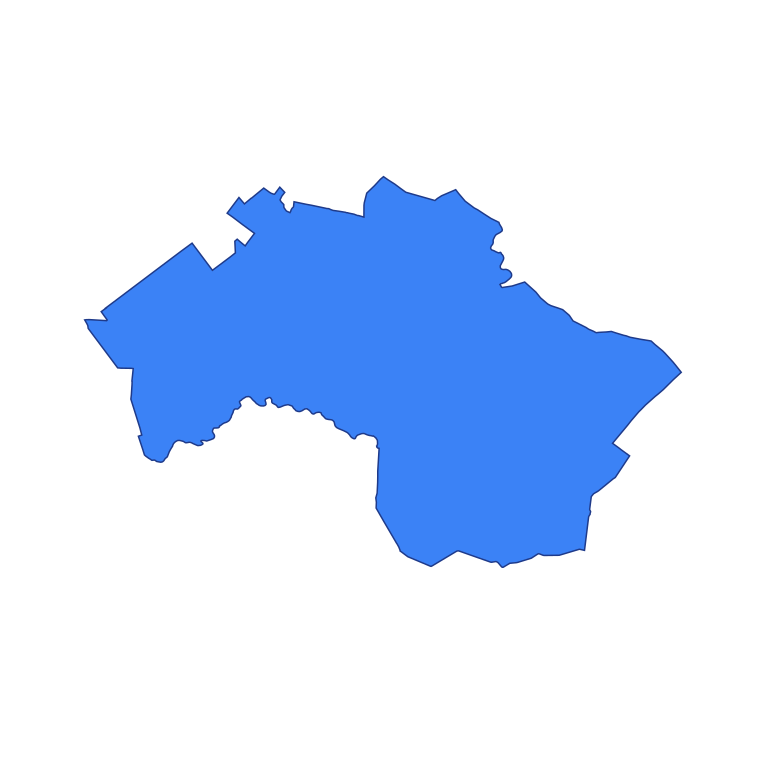 Neretas pag., Neretas, Latvia (Albers equal-area conic projection), rotated 314°
{"feature_id": "27541924B20446545182610", "entity_name": "Neretas pag.", "entity_type": "district", "adm_level": 2, "iso_a3": "LVA", "parent_name": "Latvia", "parent_adm1": "Neretas", "projection": "albers", "projection_center": [25.295, 56.219], "detail": "fine", "context": "isolated", "style": "filled", "palette": "blue", "viewbox_px": 768, "rotation_deg": 314, "n_neighbors": 0, "source": "geoboundaries", "source_scale": "gbopen_adm2", "svg_char_len": 6171}
<svg xmlns="http://www.w3.org/2000/svg" viewBox="0 0 768 768"><g transform="rotate(314 384 384)"><path d="M580.1,354.4L577.4,345.9L575.9,338.4L574.4,330.4L573.3,326.6L571.9,315.4L572.9,305.2L573.6,300.6L559.5,294.7L554.5,293.5L551.4,293.2L537.1,266.5L536.2,260.2L535.3,253.1L533.7,245.2L532.8,239.6L528.9,239.2L520.0,239.4L509.3,239.0L500.7,243.9L498.7,245.4L490.1,253.6L487.5,248.7L486.8,247.9L485.3,244.4L482.3,239.7L482.0,239.0L481.1,237.9L480.8,237.1L477.0,231.6L473.5,226.8L472.5,224.6L471.8,222.5L470.3,220.7L470.0,220.1L462.3,207.8L459.3,203.3L452.6,192.7L448.6,195.8L447.9,195.9L446.6,195.8L444.5,196.3L443.7,196.8L441.9,197.3L440.7,193.8L440.7,193.1L441.4,189.6L441.6,189.2L443.5,187.2L443.6,183.4L444.2,181.4L444.5,181.2L448.2,180.0L452.9,179.5L453.2,172.3L444.8,173.4L444.4,173.4L444.1,173.1L442.8,170.3L442.4,168.6L441.4,161.4L425.6,159.6L425.4,159.4L416.6,158.5L417.4,150.1L397.9,152.5L398.9,158.9L400.4,171.5L402.4,186.2L391.5,187.5L386.9,188.2L386.4,182.2L386.2,177.8L383.1,177.5L375.1,186.0L369.0,185.2L346.6,181.6L352.0,148.1L338.6,145.8L245.2,131.0L245.3,131.3L239.6,130.3L238.5,136.2L237.8,140.4L236.9,140.5L225.7,127.4L223.6,125.3L222.2,124.2L221.1,128.0L220.3,130.3L218.5,132.6L210.6,181.2L212.6,183.7L219.9,191.5L220.9,192.9L210.9,200.7L210.9,201.0L208.6,203.1L200.7,209.8L197.3,212.4L182.8,239.0L179.0,245.2L175.8,243.6L169.4,255.8L166.6,260.9L166.6,262.6L167.1,266.2L167.7,268.7L167.7,269.6L168.0,270.2L168.8,270.8L169.9,271.8L170.1,272.4L170.3,274.2L171.6,276.2L172.7,277.8L173.9,278.6L174.7,278.8L175.8,278.9L178.4,278.4L179.9,278.6L181.1,278.7L186.1,276.6L189.4,275.7L192.4,275.1L193.2,274.6L195.0,274.0L197.0,274.0L198.2,274.2L200.0,274.8L201.1,275.8L201.7,276.6L203.0,278.9L203.4,279.7L203.7,281.4L203.9,282.0L204.3,282.5L205.8,283.7L206.6,284.2L207.0,284.6L207.5,285.3L208.0,286.3L208.5,288.1L210.1,292.3L210.4,292.9L212.4,294.6L213.6,295.1L214.9,295.4L215.3,295.2L215.6,294.6L215.6,293.6L215.5,292.4L215.8,291.9L216.3,291.8L216.9,292.2L217.4,292.6L219.0,294.6L219.7,295.9L220.1,296.2L223.7,298.1L226.2,299.2L226.8,299.2L228.0,298.9L228.9,298.2L229.3,297.6L229.6,297.0L230.3,294.2L230.5,293.8L231.0,293.4L231.6,292.9L233.2,292.3L233.7,292.2L234.3,292.4L236.6,294.6L237.6,295.3L238.2,295.4L238.7,295.4L239.4,294.9L240.1,294.9L240.3,295.2L243.2,295.6L244.7,296.1L245.3,296.2L246.1,296.8L247.5,297.4L249.0,297.8L250.5,298.0L254.1,297.1L255.1,296.4L258.7,295.2L260.1,294.3L261.5,294.0L261.9,294.0L262.8,294.4L263.2,294.7L264.1,295.9L264.8,296.2L265.6,296.3L268.5,296.3L269.0,296.1L269.4,295.5L270.4,293.0L270.9,292.3L271.6,292.2L273.3,292.6L274.7,292.6L279.0,293.7L280.9,295.3L281.2,295.8L281.6,296.8L281.7,297.5L281.4,300.8L281.5,303.8L281.3,305.7L281.8,308.0L281.9,308.9L282.2,309.6L282.7,310.6L284.4,312.5L285.6,313.2L286.1,313.4L287.3,313.3L287.6,313.1L288.6,311.8L289.4,310.2L289.9,309.7L290.6,309.4L291.0,309.4L294.0,310.5L294.5,310.8L295.0,311.3L295.1,311.7L295.2,312.2L295.0,313.1L294.7,314.3L293.9,314.9L293.0,315.9L292.8,316.8L292.8,317.1L293.9,320.9L293.9,321.4L293.9,321.9L293.6,323.4L293.7,324.2L294.3,324.7L295.3,325.4L298.8,326.9L299.9,327.5L302.2,329.1L302.6,329.5L304.1,332.7L304.3,333.3L304.2,334.0L303.9,335.0L303.7,336.2L303.8,337.4L303.6,339.2L304.4,341.0L305.3,342.2L306.1,342.8L307.8,343.6L311.0,344.4L312.5,345.6L312.7,345.9L313.1,348.4L313.1,350.0L312.8,352.1L312.8,352.8L313.2,353.9L314.0,354.5L315.8,354.9L316.9,355.5L318.6,356.9L319.4,358.3L319.5,358.7L318.7,360.4L318.6,361.6L318.7,362.5L318.5,366.0L318.8,366.8L319.8,368.5L321.7,371.0L322.1,372.0L322.2,372.5L322.2,373.5L322.0,374.6L320.7,376.6L320.0,377.8L319.8,378.9L319.8,380.3L320.4,382.4L322.4,387.5L323.4,390.7L323.6,391.6L323.6,392.7L323.5,394.6L323.1,396.3L323.0,397.5L323.1,398.4L323.6,400.1L324.2,400.9L324.7,401.1L325.1,401.1L326.5,400.6L327.2,400.5L328.1,400.4L329.1,400.6L332.4,402.2L333.4,402.9L334.3,403.8L334.7,404.4L335.7,407.1L336.8,409.2L337.7,410.4L338.7,412.1L339.2,412.4L339.5,414.2L339.4,414.8L339.6,415.9L339.3,416.3L339.2,417.5L338.6,418.7L336.3,421.1L334.7,421.8L334.3,422.2L334.1,422.0L333.7,422.5L333.6,423.3L333.7,424.3L334.3,425.2L316.8,440.2L313.4,443.5L308.8,447.8L300.7,454.9L296.4,457.2L293.6,460.7L289.3,464.5L285.1,479.0L278.2,503.6L278.1,504.3L277.0,507.9L275.4,511.4L275.1,511.5L276.3,521.1L285.1,543.8L285.5,544.5L286.4,544.9L314.2,552.4L314.9,552.8L315.8,553.6L329.9,584.4L330.5,585.2L334.0,587.8L334.3,588.3L334.7,589.9L334.7,590.4L334.2,595.2L334.2,595.8L334.3,596.3L334.7,596.8L335.2,597.1L342.4,599.0L347.4,603.3L348.4,604.0L361.1,611.0L368.5,612.7L369.4,613.2L369.9,614.1L371.3,617.4L371.9,618.3L382.5,629.0L400.8,639.3L401.0,639.5L403.6,643.8L430.7,623.4L432.5,622.9L433.2,622.9L433.9,622.3L435.6,621.4L435.9,621.0L436.4,619.4L436.7,619.0L446.9,611.4L447.3,611.3L450.6,611.0L456.0,612.5L474.8,614.7L477.4,615.3L502.9,610.6L501.4,599.8L501.3,598.4L500.1,589.6L523.4,587.9L529.2,587.3L541.1,586.6L544.3,586.7L550.4,586.7L563.5,587.7L567.5,588.2L574.3,588.8L588.1,589.1L598.9,589.7L600.2,579.9L600.3,578.6L600.5,577.4L601.3,565.2L601.4,561.8L600.6,551.3L600.5,546.4L599.5,544.8L594.5,537.6L588.6,528.6L586.8,524.6L585.6,522.7L581.8,515.3L579.7,511.0L576.1,508.0L570.5,502.8L568.3,501.0L567.4,497.9L565.6,493.2L565.0,490.0L560.7,476.2L562.1,469.6L561.6,460.9L559.5,456.3L557.7,452.6L556.3,449.6L555.4,446.7L555.2,445.2L554.7,436.7L555.6,429.5L555.1,414.4L543.5,408.1L535.5,402.0L535.3,401.2L536.0,398.9L536.1,398.3L537.4,398.4L538.3,399.1L539.0,399.3L539.8,399.8L540.8,400.3L542.5,400.7L546.6,401.2L548.9,401.2L549.8,401.0L550.9,400.3L551.8,399.2L552.1,398.5L552.5,396.3L552.2,394.4L551.9,393.5L551.2,392.1L549.3,390.4L548.3,388.9L548.2,388.0L548.3,387.5L548.5,386.9L549.3,386.0L549.8,385.5L555.3,383.9L556.8,383.3L557.8,382.6L558.3,381.8L558.9,380.7L559.2,379.1L559.1,378.2L559.5,377.6L559.6,377.0L559.6,376.4L559.4,376.1L558.5,375.8L557.8,375.2L556.7,372.2L556.4,370.9L555.3,368.4L555.3,367.7L555.5,366.9L555.9,366.2L556.4,365.9L557.8,365.3L558.6,365.2L559.9,365.1L560.7,364.8L561.6,364.3L563.2,362.7L563.8,362.3L567.0,361.2L568.8,360.9L570.0,361.1L572.2,361.8L573.4,362.2L575.8,362.6L576.3,362.5L577.1,362.0L578.1,360.2L579.3,355.9L579.7,355.1L580.1,354.4Z" fill="#3b82f6" stroke="#1e3a8a" stroke-width="1.5"/></g></svg>